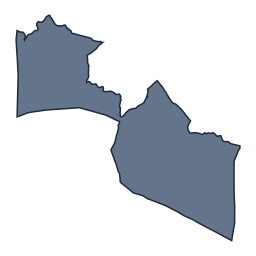 outline of Santiago Ayuquililla, Oaxaca, Mexico
{"feature_id": "50627088B92936623710949", "entity_name": "Santiago Ayuquililla", "entity_type": "district", "adm_level": 2, "iso_a3": "MEX", "parent_name": "Mexico", "parent_adm1": "Oaxaca", "projection": "mercator", "projection_center": [-97.985, 17.92], "detail": "fine", "context": "isolated", "style": "filled", "palette": "slate", "viewbox_px": 256, "rotation_deg": 0, "n_neighbors": 0, "source": "geoboundaries", "source_scale": "gbopen_adm2", "svg_char_len": 4609}
<svg xmlns="http://www.w3.org/2000/svg" viewBox="0 0 256 256"><path d="M102.7,42.4L102.2,42.4L101.8,42.5L101.5,42.4L101.2,41.9L100.9,41.5L100.6,41.5L100.1,41.6L99.9,41.5L99.7,41.5L99.3,41.6L99.2,41.8L98.6,41.8L98.4,41.6L97.8,41.4L96.6,41.4L96.2,41.2L95.2,41.1L93.8,40.6L93.6,40.5L92.9,40.3L92.4,39.8L92.1,39.3L91.7,38.8L91.5,38.5L91.1,38.3L90.5,38.3L89.1,37.7L71.8,33.2L71.6,32.8L71.4,32.3L71.2,31.6L70.9,30.8L70.6,30.4L69.9,30.2L69.3,30.1L69.1,29.2L68.4,29.1L68.0,28.8L67.4,28.2L67.1,27.9L66.6,27.6L66.4,27.1L66.0,26.2L65.6,25.5L65.0,25.1L64.2,25.0L63.7,25.2L63.1,25.6L62.6,26.0L60.8,25.8L59.9,25.8L57.8,25.8L57.7,25.7L57.4,25.7L57.0,25.5L56.4,25.2L55.9,24.9L55.4,24.3L54.9,23.9L54.4,23.2L54.0,22.4L53.6,21.5L53.1,20.9L52.5,20.1L52.2,19.1L52.0,18.9L51.8,18.5L51.4,17.9L51.0,17.6L50.6,17.3L50.2,16.9L50.2,16.5L50.1,16.0L50.0,15.7L49.9,15.4L49.3,15.4L48.9,15.4L48.5,15.4L48.0,15.8L47.3,16.2L46.6,16.6L46.2,17.1L45.7,17.8L45.5,18.4L44.1,20.3L43.3,21.2L42.0,22.0L41.2,22.3L40.2,22.1L38.8,21.7L38.5,21.7L37.7,22.2L37.2,22.7L36.9,23.5L36.7,24.2L36.8,25.2L37.1,26.2L37.4,26.8L37.7,27.6L38.0,28.8L38.0,29.8L36.2,30.5L35.3,30.6L34.8,30.8L34.2,31.1L33.7,31.5L32.6,32.7L32.2,33.1L31.5,33.6L30.9,34.0L30.2,34.1L29.3,34.3L28.5,34.6L27.8,35.0L27.4,35.6L27.0,36.2L26.8,36.8L26.5,37.6L25.8,38.4L25.1,39.1L24.5,40.1L24.3,39.5L24.4,39.1L24.5,38.6L24.7,38.0L24.8,37.6L25.1,36.4L25.2,35.8L25.0,35.1L24.7,34.6L24.4,33.9L24.0,33.6L23.6,32.9L23.2,32.4L22.6,32.1L20.9,32.2L20.4,32.0L19.7,31.8L19.1,31.7L18.2,31.1L17.5,30.8L17.1,30.6L16.1,39.4L16.5,46.7L16.6,47.1L16.6,48.1L17.2,57.3L18.2,75.5L17.9,87.3L17.6,96.8L17.1,116.9L28.0,112.7L35.8,111.5L46.3,110.0L49.2,109.8L79.3,107.7L94.2,111.8L94.5,111.9L104.0,114.6L105.6,115.0L106.0,115.2L108.5,116.4L119.6,121.7L119.4,122.6L119.4,122.9L118.8,124.1L118.3,125.3L118.2,125.7L118.5,127.8L118.2,129.2L117.2,133.4L116.4,135.7L115.4,140.4L114.5,143.2L110.9,150.0L114.0,158.5L114.1,159.0L114.5,160.1L114.8,160.7L115.1,161.6L116.0,163.7L118.4,171.8L119.6,173.9L120.2,180.6L120.4,182.4L121.1,182.9L121.7,183.4L126.3,187.0L127.2,187.8L133.3,192.9L136.4,193.7L140.9,195.1L142.9,195.7L143.9,196.4L147.7,198.8L149.6,199.5L149.9,199.5L157.5,202.5L165.3,205.5L175.3,210.7L177.4,211.7L184.0,215.7L192.7,219.6L199.3,223.4L201.0,224.3L209.5,228.8L211.0,229.5L231.7,240.6L231.9,239.5L232.1,238.0L232.3,236.3L234.6,223.5L234.7,206.8L234.4,200.0L234.2,194.7L234.1,192.3L234.0,181.9L234.0,180.3L234.0,179.7L234.0,177.6L234.0,177.3L234.0,176.7L234.0,176.3L234.0,173.0L234.0,169.8L234.0,168.4L234.0,166.8L234.1,164.8L234.1,162.8L234.1,161.2L234.8,159.5L238.5,150.3L238.6,150.2L239.0,149.5L239.9,148.4L239.9,146.8L239.9,145.8L233.1,144.3L230.4,143.5L228.6,141.8L227.8,141.6L226.9,141.7L226.1,141.6L224.6,141.5L223.5,141.2L222.5,140.2L222.3,139.9L220.9,135.8L218.9,135.8L217.2,136.4L216.8,136.0L214.4,133.6L213.4,132.9L212.8,132.8L211.9,133.0L211.7,133.1L211.4,133.2L210.7,133.6L209.5,133.1L208.5,132.9L208.1,133.0L206.4,133.8L204.6,132.8L203.5,133.9L202.2,134.5L201.4,134.2L199.9,133.5L197.7,133.1L195.2,132.6L191.2,133.1L190.1,133.1L188.2,130.3L187.7,127.6L188.3,124.8L189.8,122.4L190.6,121.0L190.0,120.3L181.4,109.4L176.0,104.3L172.8,102.9L172.4,102.5L172.1,102.2L171.8,101.9L171.6,101.6L171.3,101.2L169.8,99.0L169.1,97.9L168.8,97.5L168.7,97.3L168.4,96.8L168.3,96.6L168.1,96.2L167.5,95.4L167.1,94.7L166.7,94.0L166.7,93.9L166.0,92.3L165.9,92.2L165.7,92.0L165.6,91.8L165.5,91.7L165.2,91.4L164.9,91.0L164.8,90.9L164.6,90.6L164.4,90.3L163.9,89.5L162.9,87.8L161.4,85.9L160.3,84.6L157.5,81.0L157.2,80.7L154.7,82.6L154.0,83.3L152.8,84.5L152.6,84.7L151.8,85.6L147.5,89.3L147.7,90.1L148.0,91.3L148.0,91.7L148.0,92.2L147.9,92.8L147.5,94.1L146.9,95.8L146.5,97.4L147.0,97.3L146.4,98.0L146.4,97.8L146.3,98.0L144.0,102.2L144.1,102.8L143.9,102.9L140.8,104.6L138.1,105.9L135.9,108.2L133.4,108.7L132.5,108.7L129.0,109.9L126.0,112.6L123.5,115.7L121.3,116.9L120.1,116.0L120.4,114.5L120.0,113.0L120.4,110.0L120.2,109.4L120.4,107.7L119.6,106.9L119.5,105.3L120.3,103.2L120.2,101.8L121.1,99.9L120.4,98.7L120.3,97.3L120.8,97.1L120.9,96.3L120.3,95.6L119.4,94.2L118.7,94.2L115.9,94.5L115.5,93.9L113.6,92.5L112.4,91.9L111.2,91.4L109.7,91.1L108.7,91.5L107.5,91.6L106.4,91.6L105.3,91.5L104.5,91.4L103.8,91.3L102.9,90.8L103.5,88.7L103.0,86.7L101.4,86.6L100.3,87.6L99.3,87.4L98.0,87.3L96.7,85.0L95.9,83.9L94.5,84.1L94.2,84.2L91.6,84.1L90.6,82.6L88.9,81.4L86.8,82.5L86.6,80.8L88.3,77.8L88.7,75.8L88.4,73.5L88.6,69.9L88.6,67.9L88.8,65.7L87.7,63.0L87.6,62.7L87.7,60.8L87.5,58.5L87.2,55.3L91.0,53.0L94.8,50.1L95.4,49.6L96.6,48.4L98.3,46.1L99.6,44.7L101.2,43.8L101.8,43.1L102.7,42.4Z" fill="#64748b" stroke="#1e293b" stroke-width="1.5"/></svg>